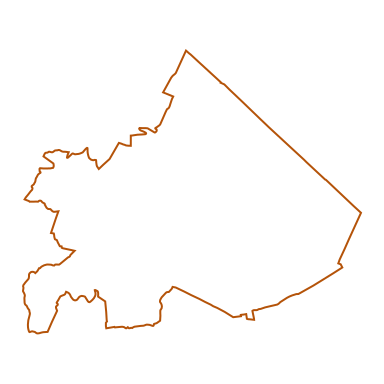 outline of Giong Rieng, Kiên Giang, Vietnam
{"feature_id": "81297802B19779239086561", "entity_name": "Giong Rieng", "entity_type": "district", "adm_level": 2, "iso_a3": "VNM", "parent_name": "Vietnam", "parent_adm1": "Kiên Giang", "projection": "orthographic", "projection_center": [105.287, 9.934], "detail": "fine", "context": "isolated", "style": "outline", "palette": "amber", "viewbox_px": 384, "rotation_deg": 0, "n_neighbors": 0, "source": "geoboundaries", "source_scale": "gbopen_adm2", "svg_char_len": 5800}
<svg xmlns="http://www.w3.org/2000/svg" viewBox="0 0 384 384"><path d="M23.4,288.3L23.0,291.0L23.1,291.4L24.0,293.0L24.6,294.4L24.8,295.3L24.8,296.0L24.5,297.3L24.4,298.1L24.6,302.8L24.9,303.9L25.3,304.6L26.0,305.3L26.5,305.6L26.7,305.9L27.1,306.7L27.5,307.6L28.0,308.5L29.2,310.0L29.5,311.9L29.8,312.8L29.9,313.4L29.8,314.4L29.3,316.5L28.3,320.3L28.1,322.4L27.9,324.7L28.0,327.3L28.3,329.1L28.8,330.9L29.2,331.8L29.4,332.0L29.7,332.1L31.4,331.5L32.1,331.3L32.5,331.4L34.3,331.8L35.1,332.1L36.1,332.9L37.1,333.4L38.9,333.3L41.7,332.5L43.2,332.2L47.6,331.9L51.9,322.0L57.1,310.8L56.3,308.7L56.0,307.8L56.0,306.8L56.2,306.4L57.6,305.1L57.8,304.2L57.5,303.8L57.0,303.3L56.7,302.9L56.7,302.6L58.2,300.2L60.0,297.0L60.3,296.5L61.2,296.0L63.7,295.0L64.4,294.7L64.9,294.3L65.1,294.1L66.1,291.8L67.3,292.3L68.5,292.9L69.5,293.9L70.2,295.0L70.9,296.7L72.4,298.7L73.4,299.8L74.6,300.3L75.8,300.3L76.3,300.1L77.2,299.6L79.1,297.1L80.3,296.3L80.9,296.1L81.8,295.9L82.3,296.0L83.6,296.2L84.6,296.5L85.0,296.7L87.9,301.3L88.3,301.7L88.7,302.0L89.2,302.1L89.7,302.1L90.5,301.6L92.4,299.9L93.9,298.2L95.0,296.2L95.5,294.8L95.5,293.6L95.5,292.8L94.9,290.8L94.8,290.1L95.1,290.0L95.7,290.2L97.4,291.1L97.7,291.4L98.0,292.1L98.1,292.7L98.2,294.0L98.1,296.6L105.2,301.4L106.2,311.9L106.6,318.8L106.7,320.3L107.0,321.4L105.9,322.8L105.9,326.2L106.3,328.3L114.5,326.9L114.9,327.4L121.4,326.8L122.6,326.8L124.0,327.1L125.4,328.0L125.7,328.2L126.1,328.3L126.5,328.2L127.8,327.2L128.3,327.8L128.5,328.0L128.9,328.2L129.7,328.2L131.2,327.8L132.2,328.0L132.7,327.6L133.6,327.1L134.5,326.7L140.7,325.9L143.5,325.7L144.8,325.3L145.4,325.0L146.4,324.7L148.0,324.7L149.7,324.9L152.6,325.9L153.2,325.9L153.4,325.8L153.7,325.2L154.1,323.9L156.2,323.3L156.9,323.0L160.1,320.7L160.4,315.8L160.3,313.2L160.3,310.8L160.4,310.2L161.6,308.3L161.9,306.5L161.7,305.1L161.1,303.5L160.1,302.1L160.0,301.7L160.0,301.1L160.1,300.4L160.3,299.7L161.6,297.4L165.8,292.9L166.4,292.4L167.1,292.1L168.6,292.0L168.9,291.9L169.3,291.5L171.6,289.0L172.0,288.3L172.6,286.9L175.7,287.5L184.3,291.6L191.2,295.1L199.5,299.0L205.0,301.9L210.8,304.7L213.2,306.2L217.2,307.9L224.7,311.9L233.2,317.2L241.0,316.2L240.8,314.9L242.1,314.7L243.4,314.6L246.2,314.1L246.9,318.8L248.1,319.2L249.8,319.3L254.1,319.8L254.0,318.6L252.4,310.9L252.6,310.7L253.2,310.4L254.0,310.1L256.7,310.1L257.2,310.0L258.7,309.2L259.1,309.1L260.0,309.0L260.7,308.9L265.1,307.4L271.0,306.0L273.2,305.5L276.2,304.8L277.4,304.5L278.2,304.0L279.0,303.4L280.3,302.1L287.0,297.8L289.5,296.5L292.2,295.4L296.3,294.1L298.4,294.0L313.5,285.5L332.9,273.5L342.3,267.5L340.7,264.3L338.3,263.4L339.7,259.5L344.5,249.2L348.8,239.5L361.0,212.8L353.8,206.2L326.0,179.9L325.7,179.7L325.2,179.6L306.5,162.2L303.9,159.6L293.8,150.3L268.7,127.1L265.9,124.4L260.1,118.9L243.0,102.4L229.4,89.5L224.3,84.4L221.9,83.3L220.7,82.8L220.9,82.4L216.7,78.5L198.9,62.2L190.5,54.4L189.4,53.6L186.0,50.6L175.8,73.0L175.0,73.9L172.7,75.8L171.2,77.7L163.1,92.4L173.2,96.5L171.9,99.2L170.8,102.5L169.6,106.3L169.0,107.6L168.3,108.4L167.4,108.9L166.9,109.4L165.5,112.3L162.2,119.9L160.2,124.4L159.4,125.3L156.5,127.4L155.5,127.9L155.3,128.2L155.3,128.5L155.7,128.9L156.5,129.4L156.7,129.9L156.7,130.6L156.5,131.2L155.9,131.9L155.3,132.4L154.7,132.5L154.1,132.2L149.1,129.2L147.8,128.4L146.9,128.2L144.3,128.1L141.7,128.1L139.6,128.0L139.2,128.5L139.4,129.2L139.9,129.9L141.0,130.6L143.4,131.5L144.8,132.2L145.7,132.7L146.0,133.1L146.1,133.3L146.0,133.7L145.9,133.9L145.3,134.2L141.8,134.5L137.6,134.7L134.2,135.2L132.2,135.5L130.8,135.6L130.8,145.8L128.3,145.7L126.5,145.5L125.9,145.4L124.6,144.8L123.3,144.5L121.5,143.7L118.9,142.9L109.6,159.0L103.2,164.8L98.8,169.0L97.0,166.3L96.6,165.0L96.2,162.1L96.2,160.9L95.9,160.0L94.5,159.9L93.6,160.2L92.4,160.1L91.0,159.6L89.9,158.7L89.0,157.8L88.3,155.7L87.8,153.5L87.6,152.0L87.5,148.2L87.4,148.0L87.0,147.9L85.9,148.7L84.9,149.8L82.7,152.4L80.1,153.5L78.7,153.9L76.8,154.1L75.1,154.3L74.4,154.1L73.2,153.6L72.6,153.5L72.3,153.6L71.5,154.3L70.8,155.0L68.0,157.6L67.4,157.8L67.2,157.8L67.0,157.6L67.2,156.4L67.7,154.6L68.7,152.2L67.9,152.1L65.7,151.8L63.0,151.7L61.9,151.4L59.8,150.2L59.1,150.0L58.4,150.0L57.3,150.3L55.6,150.4L54.8,150.6L53.3,151.8L52.7,152.1L52.1,152.3L51.3,152.2L49.7,151.8L49.1,151.7L48.6,151.9L47.5,152.6L45.7,152.8L44.9,153.4L44.2,154.8L43.5,156.4L53.4,163.5L53.7,165.1L53.7,166.0L53.6,166.7L53.1,167.8L51.8,168.1L50.2,168.4L43.9,168.5L40.1,168.2L39.9,168.3L39.5,168.9L39.5,169.4L39.6,170.0L39.6,171.0L39.7,171.3L40.3,171.9L40.5,172.2L40.5,172.7L40.2,173.0L39.7,173.2L39.6,173.3L38.2,174.4L37.8,175.0L36.4,177.6L35.9,178.3L35.6,179.6L35.5,180.3L35.3,181.4L35.0,182.2L34.3,183.3L34.0,184.0L33.6,184.5L32.1,185.7L31.7,186.2L31.7,186.6L31.8,187.1L32.5,188.1L32.4,188.9L32.1,189.8L31.7,190.2L30.5,191.5L27.8,195.0L25.8,197.4L24.6,199.4L29.0,201.1L29.4,201.4L29.6,201.7L36.9,201.6L38.0,201.7L39.0,200.9L39.5,200.7L40.6,200.7L41.1,200.9L41.5,201.3L42.4,202.4L44.4,203.4L44.7,203.7L44.8,204.8L45.4,205.4L45.5,206.0L46.6,207.8L47.8,208.8L48.3,209.0L50.3,209.1L50.6,209.3L52.3,211.1L52.8,211.4L53.7,211.8L54.6,211.8L58.4,211.3L55.9,218.3L51.0,233.0L53.8,233.5L54.1,234.8L54.3,236.8L54.7,238.4L54.9,239.1L55.4,239.5L56.6,239.9L56.9,240.2L57.9,242.6L59.8,246.2L61.6,246.4L61.8,247.8L63.0,248.3L71.1,250.0L74.6,250.8L71.3,254.1L70.3,255.2L69.9,256.3L69.6,256.6L69.2,256.9L68.0,257.4L60.0,264.0L59.1,264.6L58.2,264.6L56.2,264.5L55.2,264.6L54.4,265.3L54.2,265.5L53.9,265.5L52.9,265.4L51.1,264.7L47.5,264.5L46.6,264.6L44.1,265.3L41.6,266.6L41.1,267.0L40.1,268.1L39.6,268.3L39.1,268.2L37.5,270.9L36.8,271.7L35.3,273.1L34.8,272.6L34.4,272.3L33.4,271.9L32.3,271.8L31.6,271.9L30.8,272.2L29.6,273.3L29.2,274.0L29.0,274.8L29.0,276.7L28.7,278.5L28.4,279.0L25.4,282.4L23.4,285.1L23.2,285.8L23.1,286.4L23.4,287.3L23.4,288.3Z" fill="none" stroke="#b45309" stroke-width="2"/></svg>